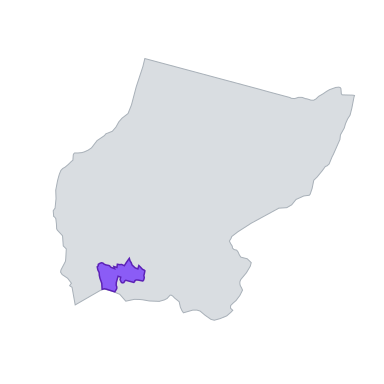 Kitgum on a map of Uganda (orthographic projection), rotated 195°
{"feature_id": "UGA-3096", "entity_name": "Kitgum", "entity_type": "District", "adm_level": 1, "iso_a3": "UGA", "parent_name": "Uganda", "parent_adm1": "", "projection": "orthographic", "projection_center": [33.268, 3.395], "detail": "fine", "context": "in_parent", "style": "filled", "palette": "violet", "viewbox_px": 384, "rotation_deg": 195, "n_neighbors": 0, "source": "natural_earth", "source_scale": "10m", "svg_char_len": 3076}
<svg xmlns="http://www.w3.org/2000/svg" viewBox="0 0 384 384"><g transform="rotate(195 192 192)"><path d="M272.1,308.7L266.7,308.7L258.0,308.7L249.3,308.7L240.6,308.7L231.8,308.7L223.1,308.7L214.4,308.7L205.7,308.7L197.0,308.7L188.2,308.7L179.5,308.7L170.8,308.7L162.1,308.7L153.4,308.7L144.6,308.6L135.9,308.6L127.2,308.6L122.1,308.6L121.0,308.4L120.3,308.2L117.0,308.8L113.6,311.0L110.0,311.9L106.1,311.5L105.7,311.7L103.7,311.7L100.9,311.5L98.3,312.1L96.4,313.9L94.4,317.2L90.8,320.8L88.0,324.1L85.7,326.4L80.2,330.2L77.3,331.3L75.8,331.2L74.9,330.4L73.2,325.5L72.1,324.7L61.6,327.2L60.0,327.3L60.1,325.7L59.3,314.2L59.2,307.2L60.6,302.8L61.4,297.7L61.5,293.2L63.4,285.6L62.7,281.0L65.2,264.9L65.8,262.3L66.8,254.5L68.4,252.1L69.8,251.2L71.6,246.5L75.0,238.9L77.4,234.9L76.9,226.4L77.3,220.5L77.9,219.2L83.0,217.1L89.6,211.7L92.4,205.4L96.4,201.4L104.1,198.8L104.1,198.7L126.9,177.0L137.5,165.3L142.1,159.3L142.3,157.2L143.2,154.3L141.3,152.1L139.1,150.1L138.4,148.3L136.5,147.3L133.8,147.4L132.0,146.0L129.9,143.4L127.9,141.7L121.4,141.8L116.5,139.1L116.5,135.4L118.5,128.2L122.3,119.9L122.5,117.6L122.0,115.7L121.1,114.0L119.4,112.3L117.8,110.3L119.0,104.4L121.4,98.5L123.4,95.6L125.3,92.3L124.7,89.7L122.0,88.3L123.4,85.7L126.4,81.3L132.2,76.9L137.3,73.9L140.8,73.9L147.4,76.3L153.4,79.1L156.7,79.2L160.7,78.1L169.0,73.1L170.9,74.7L173.4,77.7L176.0,82.7L181.2,85.0L183.7,86.5L185.5,87.0L186.5,86.6L188.5,82.7L190.8,80.6L195.3,77.9L205.0,75.7L212.0,75.1L214.9,74.6L219.9,73.4L227.7,69.4L235.3,74.5L243.7,75.5L251.8,75.5L254.2,73.9L255.6,72.7L264.1,64.2L275.6,52.7L283.2,68.9L285.9,69.8L285.5,71.3L284.8,72.6L289.8,76.5L296.0,78.6L298.2,80.6L298.4,82.8L296.3,92.3L296.7,95.0L298.7,104.5L302.4,106.6L305.7,116.2L312.2,120.3L313.2,121.4L314.7,126.1L316.7,131.1L318.3,132.3L319.3,132.6L321.2,138.0L320.1,141.0L321.6,150.3L324.1,158.5L324.8,168.3L324.8,172.7L324.7,175.3L324.2,179.0L323.0,181.2L320.9,183.3L318.6,186.6L316.5,190.2L315.3,191.9L316.3,197.2L316.0,198.6L315.5,199.3L312.5,200.1L308.7,201.5L306.4,202.9L303.1,205.6L300.5,208.6L297.0,217.1L291.2,223.8L290.2,226.0L284.7,230.0L282.3,234.9L280.8,240.9L278.7,245.2L274.1,251.2L273.0,260.5L273.1,279.2L271.9,300.4L272.1,308.7Z" fill="#d9dde1" stroke="#a8b0b8" stroke-width="1"/><path d="M249.7,76.0L251.8,75.8L253.6,74.7L253.7,74.9L255.5,80.4L258.6,84.9L259.9,87.4L260.8,90.1L262.8,92.4L264.2,95.2L263.8,95.8L263.5,96.5L263.8,97.9L262.6,99.2L261.2,100.2L259.7,100.3L258.3,99.6L256.5,99.3L254.7,99.4L253.6,99.5L252.5,99.4L251.7,98.8L250.8,98.3L246.9,97.9L248.2,99.8L245.0,99.7L245.4,102.9L243.1,103.1L241.2,103.8L238.3,103.3L237.1,107.1L235.4,111.7L234.0,109.4L232.5,108.1L231.0,106.0L227.3,104.0L224.4,103.7L224.3,107.2L222.5,106.2L219.8,104.5L218.0,104.2L217.1,103.7L216.9,100.9L216.9,98.9L215.9,96.9L215.9,94.6L216.5,93.3L221.2,93.0L223.1,92.6L224.2,91.7L224.2,90.7L224.8,89.6L233.1,89.6L233.8,88.9L234.4,86.9L235.4,86.3L236.7,86.3L238.8,88.7L238.8,91.3L241.6,91.5L241.7,85.0L241.1,82.3L240.0,80.7L239.7,79.1L240.1,77.7L240.7,75.6L241.8,75.6L249.7,76.0Z" fill="#8b5cf6" stroke="#5b21b6" stroke-width="1.5"/></g></svg>